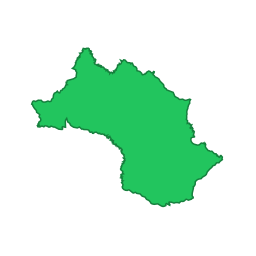 Otanche, Boyacá, Colombia (Mercator projection), rotated 104°
{"feature_id": "7082276B30571260064971", "entity_name": "Otanche", "entity_type": "district", "adm_level": 2, "iso_a3": "COL", "parent_name": "Colombia", "parent_adm1": "Boyacá", "projection": "mercator", "projection_center": [-74.209, 5.744], "detail": "fine", "context": "isolated", "style": "filled", "palette": "green", "viewbox_px": 256, "rotation_deg": 104, "n_neighbors": 0, "source": "geoboundaries", "source_scale": "gbopen_adm2", "svg_char_len": 5863}
<svg xmlns="http://www.w3.org/2000/svg" viewBox="0 0 256 256"><g transform="rotate(104 128 128)"><path d="M148.6,215.8L148.4,214.0L147.9,213.1L147.4,212.9L146.9,211.8L147.2,209.9L146.1,209.3L145.8,208.3L145.8,206.5L146.3,205.5L146.0,204.0L145.1,203.6L144.8,202.8L145.1,200.4L144.8,199.5L145.9,194.9L145.4,191.6L144.7,191.2L143.3,192.1L142.6,191.9L142.4,188.8L136.7,190.4L135.4,190.5L133.5,189.8L136.7,187.9L137.6,185.6L138.8,184.8L139.5,183.8L140.4,181.0L140.2,177.2L138.8,175.3L140.3,172.7L139.9,171.6L140.2,170.6L139.5,167.4L139.5,165.9L139.9,165.0L140.7,164.7L141.3,163.7L140.6,162.1L141.7,161.1L141.6,160.4L140.1,159.1L139.7,157.7L140.6,155.4L140.0,154.2L140.4,154.0L140.5,152.4L139.9,151.2L140.3,150.3L139.9,149.3L140.8,148.8L140.8,147.4L140.4,146.7L141.1,147.1L141.5,146.3L142.5,146.1L142.5,145.5L141.8,145.0L142.7,144.5L142.1,144.0L141.2,144.2L141.3,143.7L140.7,143.5L141.6,142.8L141.9,142.9L142.1,142.1L142.7,141.8L143.6,142.2L143.4,141.7L143.9,141.6L143.8,141.2L143.3,141.0L143.4,140.2L143.7,139.7L144.1,140.1L144.0,139.2L144.8,139.5L145.0,140.1L146.1,139.6L145.6,138.7L147.1,138.5L147.0,137.3L147.3,136.6L146.5,135.8L146.9,135.4L148.0,135.4L147.8,134.9L148.0,134.1L148.6,134.0L148.3,132.6L149.2,132.0L149.1,131.5L150.3,131.3L150.3,130.9L149.2,130.1L150.4,128.4L150.9,128.4L150.7,129.1L151.6,129.2L151.9,128.6L152.6,128.9L153.2,128.4L153.2,128.0L154.1,127.7L154.2,126.7L154.9,126.3L155.0,125.4L155.9,125.3L157.0,124.6L158.1,124.7L158.3,125.2L158.7,124.6L158.6,123.7L159.7,123.6L160.3,123.1L160.6,123.2L160.7,123.9L161.6,123.5L162.0,124.5L162.3,123.9L163.3,123.7L163.8,124.9L164.3,124.4L164.8,124.8L166.6,125.1L167.0,124.8L167.5,125.3L168.0,124.9L169.6,125.3L170.6,124.4L171.3,122.6L173.1,122.4L173.6,121.4L174.7,123.4L175.3,123.6L175.7,122.6L176.8,123.0L176.9,121.8L178.1,122.9L178.3,121.4L180.4,121.2L180.5,120.3L181.0,120.9L181.7,120.3L182.5,121.0L184.0,119.2L185.8,119.1L186.5,119.4L187.7,118.7L188.7,117.1L189.0,115.3L188.7,113.5L187.9,112.5L187.8,111.8L189.8,107.4L189.7,106.8L188.6,105.3L189.3,103.6L189.0,100.3L190.7,97.8L190.9,94.8L192.7,92.8L193.3,90.1L194.3,88.6L195.5,87.4L195.8,86.2L195.7,84.1L194.4,80.8L195.6,76.7L195.7,75.3L195.4,74.3L194.1,72.5L192.8,72.9L192.0,72.5L192.9,68.8L192.0,68.9L190.8,70.2L189.9,70.1L189.5,68.0L189.7,65.2L189.0,64.1L188.4,62.3L188.3,60.1L186.8,59.3L186.2,58.4L186.0,56.9L185.2,55.8L183.2,54.5L183.0,54.1L183.4,51.9L181.6,49.1L180.8,48.9L180.2,47.9L179.4,48.0L178.2,49.4L175.7,49.9L170.2,50.0L169.3,50.5L168.2,49.6L166.6,49.2L163.7,49.7L161.6,48.4L160.6,47.3L159.4,44.7L157.8,44.0L155.2,41.4L154.1,40.8L151.5,40.5L148.2,38.8L145.8,37.1L144.3,36.7L142.9,34.6L140.4,33.7L139.7,31.3L138.2,30.7L135.9,28.8L135.3,29.3L133.4,29.4L132.2,31.1L132.4,31.6L132.9,31.3L134.4,32.2L134.4,32.6L133.6,33.2L133.7,34.8L133.4,35.0L133.1,34.5L132.7,34.6L132.4,35.8L131.8,36.1L132.0,38.1L130.2,41.0L130.8,42.5L130.4,43.5L130.5,44.8L128.1,47.9L126.7,48.7L125.5,48.5L124.3,49.3L125.0,50.0L123.9,50.6L124.7,51.2L124.9,53.3L127.1,54.8L127.8,56.3L127.7,60.0L127.2,61.7L125.9,63.3L124.3,64.2L122.4,64.3L121.5,63.4L120.6,61.4L120.0,61.5L119.4,62.8L115.6,62.8L115.4,63.5L115.7,64.1L114.8,63.8L114.6,65.0L114.1,65.2L113.1,64.8L112.7,65.6L111.9,65.7L111.9,66.3L113.2,67.1L112.9,67.7L111.7,67.0L110.7,67.2L109.7,67.0L110.3,67.9L109.4,68.2L109.4,69.4L108.7,69.4L108.5,69.8L108.6,70.7L109.2,71.6L106.6,71.9L105.5,73.5L104.3,73.4L101.4,74.2L100.3,74.1L98.2,74.9L96.0,75.0L94.8,74.7L93.4,74.9L90.5,74.7L89.2,74.1L86.9,74.7L85.3,74.2L85.1,75.1L86.9,78.0L87.4,79.5L86.8,81.9L87.8,84.6L87.6,85.6L87.0,86.4L86.1,90.1L82.5,92.8L81.7,99.5L80.7,100.5L80.1,102.3L79.1,103.3L77.9,103.6L77.2,104.2L74.9,108.1L73.0,109.9L72.2,111.9L71.8,114.2L70.7,115.4L70.2,116.6L69.6,116.7L68.1,116.0L67.1,116.1L67.0,116.8L68.2,117.3L68.8,118.7L67.8,120.4L67.7,121.7L69.4,123.4L70.5,123.5L70.9,124.5L71.8,124.5L71.9,125.2L72.8,126.5L72.8,127.1L71.6,128.0L70.3,130.2L70.2,133.2L68.0,133.9L66.8,135.3L66.7,136.8L66.2,137.8L64.0,139.5L64.0,140.0L65.1,140.9L64.2,141.8L64.7,144.5L62.8,147.3L62.9,148.7L64.5,149.5L64.1,151.4L65.5,150.2L67.2,150.3L68.2,151.2L67.5,152.1L69.0,152.2L69.4,153.3L71.7,153.0L73.3,153.7L74.5,153.4L74.7,154.4L75.8,154.4L76.1,155.6L76.9,154.8L77.5,154.6L77.7,154.9L77.5,155.7L78.8,156.3L77.9,157.2L78.0,158.0L79.5,158.8L78.7,158.9L78.6,159.7L78.1,159.9L78.2,161.1L76.8,161.4L76.5,161.8L76.6,162.3L77.7,163.1L76.2,163.8L76.5,165.2L75.4,165.8L74.9,166.6L75.6,169.0L75.2,169.2L74.4,168.6L74.1,168.9L74.0,170.1L74.9,170.3L75.1,170.7L74.8,172.4L73.8,171.6L73.3,171.9L73.6,172.7L74.6,173.4L73.9,174.9L74.0,175.7L72.8,176.6L71.7,175.6L70.9,176.1L69.7,175.7L69.1,176.6L69.9,177.4L69.3,177.5L68.0,178.7L67.0,180.2L66.1,180.3L65.7,180.8L64.9,180.4L64.6,181.3L65.2,182.4L65.0,182.7L63.6,182.9L63.2,182.0L62.8,181.9L62.0,182.8L62.5,184.3L60.7,184.7L60.2,185.8L60.8,187.7L61.6,188.0L61.4,188.7L61.7,189.0L61.5,189.6L61.6,190.7L64.0,191.1L64.1,190.2L65.5,190.6L66.5,191.4L67.1,192.9L67.5,192.3L68.5,192.1L70.4,192.8L70.3,192.0L70.8,191.8L71.6,192.4L71.6,193.3L72.0,193.3L72.2,194.0L73.1,194.0L72.9,193.6L73.3,193.3L75.7,194.6L76.5,194.2L77.5,194.8L78.2,194.2L80.4,194.6L83.1,195.6L83.2,196.1L83.6,196.4L84.2,192.8L85.1,192.6L86.5,191.2L90.0,190.9L91.0,190.5L93.4,192.7L96.7,198.4L98.8,198.5L98.8,199.0L100.2,198.5L100.7,197.5L101.3,198.7L103.9,199.1L105.3,200.0L106.0,200.9L107.2,201.0L107.9,202.3L110.5,202.8L110.4,204.1L109.3,205.5L110.7,206.2L112.1,207.9L114.1,208.3L116.9,207.9L118.6,209.0L120.4,209.0L121.4,210.3L121.2,212.2L122.7,214.3L123.3,216.1L123.1,217.5L122.1,218.9L122.8,221.9L124.6,223.9L124.5,225.9L125.1,226.7L126.0,227.0L128.2,227.2L128.6,226.1L129.7,225.5L131.7,223.4L133.2,221.1L134.8,220.5L136.3,216.9L138.6,217.0L139.3,216.3L139.5,215.4L141.2,214.5L142.9,214.9L143.3,215.6L144.1,215.9L144.8,215.6L145.4,216.2L146.3,216.2L146.3,215.4L146.9,214.7L147.4,215.1L147.7,216.4L148.6,215.8Z" fill="#22c55e" stroke="#15803d" stroke-width="1.5"/></g></svg>